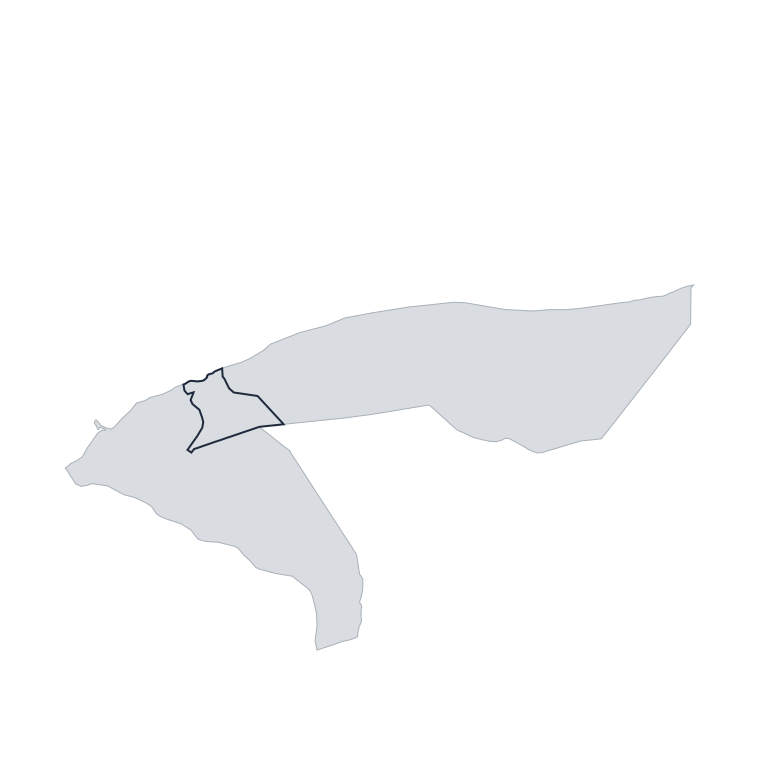 where Nugaal sits in Somalia, rotated 218°
{"feature_id": "SOM-2413", "entity_name": "Nugaal", "entity_type": "Region", "adm_level": 1, "iso_a3": "SOM", "parent_name": "Somalia", "parent_adm1": "", "projection": "orthographic", "projection_center": [49.001, 8.49], "detail": "fine", "context": "in_parent", "style": "outline", "palette": "slate", "viewbox_px": 768, "rotation_deg": 218, "n_neighbors": 0, "source": "natural_earth", "source_scale": "10m", "svg_char_len": 3408}
<svg xmlns="http://www.w3.org/2000/svg" viewBox="0 0 768 768"><g transform="rotate(218 384 384)"><path d="M201.2,649.4L200.6,647.8L196.8,642.9L189.9,633.8L184.6,627.0L179.2,619.9L179.2,614.4L179.1,597.9L178.9,564.9L178.9,531.7L178.9,498.6L178.9,482.0L179.0,475.2L179.5,474.1L185.7,468.1L193.9,460.2L204.6,445.1L210.5,436.8L215.4,430.0L216.6,427.9L220.9,423.8L229.0,421.4L234.0,421.0L251.1,418.2L253.7,416.9L255.2,415.5L256.6,412.2L260.0,407.6L264.4,404.5L272.6,400.4L280.6,396.9L282.4,396.4L292.1,394.3L294.5,393.6L298.4,392.8L299.9,392.8L313.4,393.8L323.9,394.5L334.7,395.3L335.8,394.8L343.5,386.6L355.6,373.5L363.3,365.1L375.2,352.2L384.4,342.9L394.5,332.5L404.4,323.1L416.2,311.7L423.6,304.6L435.2,293.4L446.2,282.8L455.9,273.4L442.5,273.4L429.5,273.3L416.7,273.3L414.4,272.1L403.6,268.4L390.0,263.7L373.1,257.8L361.0,253.6L348.2,249.2L335.3,244.8L325.1,241.2L312.4,236.9L301.4,233.0L299.9,232.1L293.9,226.4L285.9,218.9L284.4,218.7L280.6,217.2L277.2,213.1L273.8,208.0L270.6,201.5L269.2,197.2L264.9,195.3L262.8,191.8L259.0,186.7L256.3,184.2L255.3,182.0L254.1,177.5L252.0,172.7L249.9,169.6L249.4,168.3L249.5,167.5L253.7,161.0L255.5,158.7L257.6,156.4L259.3,154.2L260.0,152.7L265.0,145.0L269.5,138.3L272.9,133.1L280.3,139.2L287.5,151.7L295.9,161.7L307.6,171.1L312.2,174.3L316.4,176.0L338.0,176.0L353.4,167.7L367.4,161.7L372.1,160.5L380.2,162.2L389.1,162.8L397.1,164.7L401.2,164.3L417.1,157.3L427.2,150.4L434.0,147.5L436.6,147.5L445.9,150.0L457.8,148.9L474.2,143.0L479.4,141.8L483.3,141.7L492.2,144.4L493.6,144.3L498.4,143.8L511.1,140.9L520.9,136.6L539.1,133.5L552.9,125.6L555.2,121.8L559.4,117.0L565.4,115.4L580.9,120.9L583.4,121.4L582.5,124.8L582.0,128.2L578.9,134.3L576.9,141.0L578.5,151.2L579.3,167.9L579.0,170.3L578.0,172.7L577.5,174.5L575.9,175.2L575.1,176.3L576.4,176.7L581.2,174.9L581.1,172.9L581.4,171.9L585.4,174.1L588.3,175.0L589.1,177.1L588.9,178.5L584.4,177.9L582.0,176.8L575.3,178.6L571.2,180.6L570.0,183.9L569.1,196.9L567.5,205.4L567.3,216.6L561.9,224.0L560.1,229.3L552.0,239.8L547.7,248.7L546.4,253.1L539.2,265.4L529.4,274.8L525.9,286.8L522.3,294.3L518.4,301.2L509.7,313.3L505.2,321.8L499.6,336.4L497.9,345.7L482.1,372.6L465.7,394.0L455.5,412.0L437.1,432.8L412.1,459.7L379.3,491.4L370.4,497.8L334.5,517.2L311.3,533.4L299.4,544.5L287.0,554.1L277.1,563.2L247.3,594.0L244.2,596.9L241.3,599.6L237.6,604.8L235.0,606.9L227.9,615.7L223.5,620.2L218.5,624.7L216.4,627.9L214.9,631.6L213.3,633.6L208.8,642.4L204.9,648.1L201.0,652.6L201.2,649.4Z" fill="#d9dde1" stroke="#a8b0b8" stroke-width="1"/><path d="M438.3,290.4L438.7,290.1L440.6,288.2L442.5,286.4L444.4,284.5L446.3,282.7L448.3,280.8L450.2,279.0L452.1,277.1L454.0,275.3L455.9,273.4L458.3,269.8L460.6,266.2L463.0,262.6L465.4,259.0L467.7,255.4L470.1,251.8L472.4,248.2L474.8,244.7L477.1,241.0L479.5,237.4L481.9,233.9L484.2,230.2L486.6,226.6L488.9,223.0L491.2,219.4L493.6,215.8L493.6,211.4L498.3,211.1L499.1,228.2L500.3,237.7L503.0,242.8L507.3,246.0L513.6,250.0L522.6,250.3L526.5,252.3L528.9,260.2L530.9,257.5L532.4,255.1L537.1,255.9L541.7,260.1L541.3,260.6L540.7,261.9L539.6,265.4L538.8,266.9L537.5,268.1L532.4,271.3L529.0,274.8L528.3,275.9L527.9,277.4L527.5,280.2L527.7,280.6L528.3,281.0L528.5,281.9L528.4,282.9L528.1,283.6L527.0,285.2L525.9,286.5L525.5,287.2L525.4,288.9L525.2,289.6L521.2,296.7L515.6,290.4L513.3,290.0L503.4,285.2L497.2,284.8L476.3,296.7L439.6,290.7L439.3,290.7L438.3,290.4Z" fill="none" stroke="#1e293b" stroke-width="2"/></g></svg>